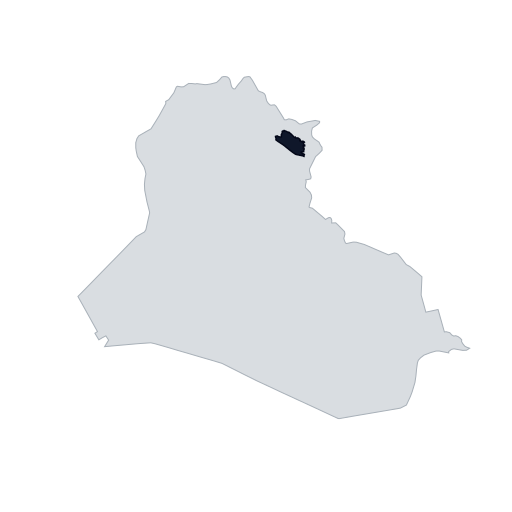 Al-Sulaymaniyah, As-Sulaymaniyah, Iraq (highlighted), rotated 345°
{"feature_id": "34846034B55719256527363", "entity_name": "Al-Sulaymaniyah", "entity_type": "district", "adm_level": 2, "iso_a3": "IRQ", "parent_name": "Iraq", "parent_adm1": "As-Sulaymaniyah", "projection": "robinson", "projection_center": [45.485, 35.442], "detail": "fine", "context": "in_parent", "style": "filled", "palette": "ink", "viewbox_px": 512, "rotation_deg": 345, "n_neighbors": 0, "source": "geoboundaries", "source_scale": "gbopen_adm2", "svg_char_len": 5610}
<svg xmlns="http://www.w3.org/2000/svg" viewBox="0 0 512 512"><g transform="rotate(345 256 256)"><path d="M208.7,83.3L212.2,82.4L218.9,77.1L222.8,72.1L224.0,71.7L227.5,73.3L229.9,73.8L235.6,71.9L239.0,72.9L241.9,74.1L243.5,74.2L251.1,77.3L253.0,77.7L256.9,78.1L262.8,78.2L266.6,76.2L269.3,74.3L271.2,74.3L273.0,74.8L274.6,75.6L275.8,77.1L276.4,79.2L276.2,85.8L276.7,87.6L277.8,88.9L279.1,89.1L280.7,87.7L283.5,85.5L287.0,83.2L289.5,81.1L291.0,80.3L293.3,80.5L295.6,80.8L296.8,81.8L296.8,82.2L298.0,85.3L301.0,97.0L302.7,98.5L304.7,99.8L306.1,101.5L306.6,103.2L306.5,106.0L306.5,109.1L307.3,111.5L308.4,113.4L309.5,114.3L311.1,114.4L313.0,114.8L314.2,116.6L318.3,130.0L318.6,131.7L320.3,132.3L323.1,132.0L326.0,133.4L329.1,135.6L332.0,139.6L333.9,140.3L340.0,139.7L348.3,140.4L352.3,142.4L351.9,143.7L348.8,145.2L343.6,146.9L342.0,149.8L341.1,153.5L341.3,155.6L342.6,157.9L346.4,162.4L346.6,164.1L347.2,166.4L347.9,168.0L347.2,171.0L343.8,173.1L339.3,175.4L330.3,185.6L329.7,187.8L329.7,193.9L328.8,195.6L326.0,195.6L323.8,195.3L323.7,197.4L322.2,200.2L321.4,202.7L324.7,208.4L325.3,211.5L324.8,214.3L321.7,219.1L319.9,222.4L320.4,223.1L322.8,224.4L330.2,235.0L332.6,238.7L335.8,237.8L336.9,237.8L337.9,238.4L338.4,239.7L338.4,241.3L337.6,243.7L341.6,244.6L343.1,247.0L347.8,255.3L347.6,257.8L345.4,261.7L345.4,264.2L345.8,266.6L346.6,267.4L353.5,267.7L356.4,268.6L363.6,272.9L371.8,279.4L378.5,284.7L384.3,289.2L390.4,288.9L392.1,289.7L393.6,291.1L395.4,294.8L398.9,303.2L401.9,306.0L406.6,312.7L410.9,319.0L408.2,327.6L405.4,336.5L405.5,348.0L405.5,354.2L411.4,354.5L418.0,354.8L418.1,362.2L418.2,369.6L418.3,378.1L420.2,378.4L423.3,380.2L424.7,383.0L426.3,384.5L428.3,384.7L430.3,386.1L432.2,388.5L433.0,390.4L432.4,391.6L432.9,393.9L434.3,397.1L435.9,398.6L438.5,400.4L435.0,401.5L431.3,400.7L423.2,396.9L420.6,396.8L417.3,398.2L417.1,399.5L408.6,395.3L405.6,394.5L404.5,394.4L399.6,394.5L392.7,395.2L388.6,396.9L385.8,398.7L384.6,400.5L384.1,401.4L381.9,406.6L379.4,413.3L376.8,419.3L371.6,427.7L368.8,431.6L362.7,438.9L356.1,440.3L340.7,438.9L323.7,437.3L306.8,435.7L294.2,434.6L293.2,434.2L280.8,423.8L271.0,415.6L258.7,405.4L246.2,395.0L233.6,384.4L224.4,376.7L213.3,366.9L203.2,357.9L195.2,350.8L185.0,344.5L177.0,339.7L165.4,332.6L156.1,327.0L148.2,322.1L135.9,314.7L131.9,312.6L119.1,310.1L107.1,308.0L94.6,305.8L86.3,304.4L91.9,299.1L90.3,294.3L86.2,295.2L82.5,296.3L80.4,288.9L83.3,288.0L80.9,278.4L78.4,268.4L76.0,258.8L73.5,249.0L84.2,242.7L92.1,238.0L103.2,231.4L114.0,225.0L124.2,219.0L135.4,212.3L145.4,206.3L154.5,203.9L156.5,202.0L160.7,193.9L164.4,186.9L164.6,185.3L164.7,175.5L165.5,163.9L166.8,157.8L168.9,152.3L170.9,148.3L171.1,144.6L170.9,140.8L169.1,135.1L167.2,129.2L167.5,123.4L167.9,120.3L169.2,115.4L171.4,111.8L173.8,109.6L182.4,107.3L187.5,106.0L194.4,99.6L198.4,95.8L204.1,89.9L208.3,85.5L208.7,83.9L208.7,83.3Z" fill="#d9dde1" stroke="#a8b0b8" stroke-width="1"/><path d="M332.2,158.5L332.1,158.3L331.7,157.9L331.0,157.2L330.8,157.2L330.8,157.3L330.7,157.3L330.8,157.4L330.9,157.6L331.0,157.9L331.0,158.0L330.6,158.0L330.3,158.0L330.2,158.0L330.0,157.8L329.7,157.4L329.5,157.0L329.1,157.0L328.9,156.8L328.8,156.6L328.2,156.1L328.2,155.9L328.2,155.6L328.4,155.6L328.7,155.6L328.6,154.9L328.5,154.5L328.2,154.2L327.8,153.6L327.4,153.2L327.2,152.9L326.9,152.8L326.6,152.7L326.3,152.6L326.1,152.5L325.9,152.5L325.6,152.5L325.2,152.3L325.0,152.2L324.7,152.0L324.7,151.8L324.7,151.4L324.4,151.5L323.9,151.4L323.6,151.0L323.3,150.5L323.0,150.0L322.5,149.1L322.1,148.4L321.7,147.6L321.2,146.9L321.0,146.7L320.5,145.9L319.8,144.9L319.6,145.0L319.1,145.1L319.1,144.9L318.6,144.5L318.1,144.0L317.6,143.5L317.2,143.2L316.0,142.4L315.6,142.0L315.4,142.1L315.5,142.4L315.5,142.8L315.3,142.9L314.9,142.6L314.6,142.4L314.2,142.2L313.7,142.3L313.5,142.5L313.5,142.8L313.4,143.1L313.3,143.6L313.1,144.0L312.8,144.4L312.6,144.6L312.3,144.8L312.1,145.0L311.9,145.3L311.7,145.7L311.7,145.9L311.7,146.2L311.6,146.6L311.5,146.9L311.3,147.2L311.3,147.4L311.1,147.4L310.6,147.5L310.2,147.4L309.9,147.2L309.5,147.0L309.0,146.8L308.7,146.5L308.4,146.3L308.1,146.1L307.9,145.9L307.6,145.5L306.9,145.5L306.4,145.5L305.8,145.5L305.7,145.8L305.7,146.3L305.7,146.6L305.7,147.0L305.9,147.3L305.9,147.6L305.9,147.8L305.7,148.1L305.6,148.4L305.5,148.6L305.3,148.9L305.5,149.3L306.2,150.1L306.5,150.5L307.2,151.4L308.1,152.3L308.6,152.9L309.2,153.6L310.0,154.5L310.9,155.5L311.5,156.3L311.7,156.5L312.0,156.9L312.2,157.1L312.7,157.9L313.3,158.7L313.8,159.4L314.2,159.9L315.1,161.1L315.4,161.6L316.2,162.7L317.4,164.2L318.4,165.5L319.0,166.2L319.7,167.0L320.2,167.6L320.6,168.0L321.2,168.4L322.8,169.2L323.5,169.5L324.3,170.0L325.0,170.3L325.3,170.4L325.6,170.6L325.8,170.7L326.1,170.9L326.8,171.2L327.0,171.3L327.4,171.6L328.1,172.2L328.3,171.9L328.4,171.7L328.3,171.4L328.0,170.9L327.9,170.7L328.6,170.5L328.9,170.5L329.0,170.4L328.7,170.0L328.5,169.8L328.2,169.6L327.9,169.5L327.8,169.4L327.5,169.3L327.2,169.1L327.2,168.9L327.1,168.6L326.9,168.5L326.6,168.3L326.5,168.2L326.5,167.9L326.4,167.5L326.4,167.4L326.6,167.2L327.0,167.1L327.6,167.3L328.0,167.4L328.5,167.5L328.9,167.6L329.1,167.6L329.1,167.3L329.2,166.9L329.3,166.7L329.5,166.3L329.6,166.1L329.6,165.9L329.6,165.6L329.8,165.4L330.0,165.3L330.2,165.2L330.2,164.1L329.6,163.9L329.7,163.6L330.0,163.2L330.1,162.8L330.1,162.7L330.0,162.3L330.0,162.2L330.1,161.8L330.3,161.9L330.7,161.9L331.4,162.3L331.5,162.3L331.6,161.9L331.7,161.7L331.7,161.4L331.0,161.2L331.0,160.4L331.0,159.9L331.0,159.7L331.2,159.2L331.2,158.9L331.2,158.7L331.3,158.6L331.7,158.6L331.9,158.6L332.2,158.6L332.2,158.5Z" fill="#0f172a" stroke="#020617" stroke-width="1.5"/></g></svg>